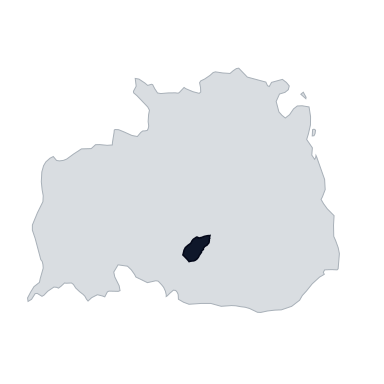 Sangkum Thmei, Preah Vihéar, Cambodia (highlighted), rotated 187°
{"feature_id": "14789045B6075848816012", "entity_name": "Sangkum Thmei", "entity_type": "district", "adm_level": 2, "iso_a3": "KHM", "parent_name": "Cambodia", "parent_adm1": "Preah Vihéar", "projection": "mercator", "projection_center": [104.719, 13.488], "detail": "fine", "context": "in_parent", "style": "filled", "palette": "ink", "viewbox_px": 384, "rotation_deg": 187, "n_neighbors": 0, "source": "geoboundaries", "source_scale": "gbopen_adm2", "svg_char_len": 6305}
<svg xmlns="http://www.w3.org/2000/svg" viewBox="0 0 384 384"><g transform="rotate(187 192 192)"><path d="M341.4,63.4L342.3,66.8L339.9,73.1L337.3,78.8L332.4,83.7L332.1,87.4L330.4,98.3L331.1,101.8L332.2,104.8L333.8,106.4L338.1,117.1L342.0,126.8L345.8,134.7L346.4,139.8L342.9,152.5L338.8,164.2L339.2,170.1L341.0,175.9L342.8,183.7L343.5,193.6L342.5,200.1L340.7,204.1L337.1,208.2L334.0,210.3L330.3,206.8L327.4,206.7L323.5,207.7L320.4,209.4L314.0,215.4L307.0,221.3L297.3,222.8L293.5,227.2L289.5,227.8L281.8,228.0L276.8,229.0L277.0,231.2L276.6,241.5L276.7,244.0L276.0,244.6L272.5,244.9L266.6,243.3L258.6,240.8L253.0,240.4L250.1,244.9L248.3,246.6L246.2,246.9L243.9,247.7L243.2,249.7L243.0,252.2L244.1,256.5L244.5,263.4L244.2,268.0L246.3,271.0L258.4,280.9L262.0,283.3L262.4,284.8L260.3,290.2L262.2,297.8L258.4,297.6L252.0,294.4L249.0,292.4L245.3,294.0L244.1,293.7L241.6,290.0L238.3,286.1L235.0,285.9L227.9,287.4L220.6,288.4L217.9,288.4L216.8,289.1L212.6,294.8L210.8,293.8L203.5,291.7L196.9,290.8L195.5,292.3L196.3,296.9L197.8,301.4L196.9,303.3L193.2,305.7L188.4,309.9L185.5,313.2L183.4,314.1L176.0,313.9L168.7,314.3L165.8,317.5L163.0,319.9L160.7,320.6L151.1,312.8L132.1,310.1L130.0,306.7L128.2,306.1L126.4,310.5L116.0,314.8L111.6,312.2L108.4,309.1L108.9,305.3L111.9,302.2L117.1,299.9L119.5,292.1L115.5,282.1L112.1,279.1L108.4,276.8L104.6,280.6L101.3,286.9L98.0,290.2L93.2,291.0L86.2,290.7L83.5,281.2L82.6,273.0L83.6,263.6L84.6,258.1L77.9,250.5L77.6,243.2L74.3,239.4L73.4,241.3L73.4,243.4L72.5,241.9L61.9,220.6L60.1,210.6L62.0,203.0L63.0,200.4L60.0,196.4L55.7,191.8L48.1,185.8L47.5,176.4L45.9,165.2L43.6,161.4L40.1,154.5L38.2,148.8L37.6,133.6L38.5,132.4L43.9,132.0L50.8,130.9L51.9,128.4L50.7,126.4L55.1,123.0L61.5,115.5L66.4,107.6L69.9,102.7L72.0,97.7L79.1,90.7L89.0,85.9L95.6,84.8L102.6,83.1L109.2,80.8L112.4,80.6L120.7,83.4L125.1,84.1L129.8,84.1L134.7,84.4L138.9,84.1L149.1,82.1L159.8,83.7L169.4,82.5L181.3,80.2L187.1,81.6L192.4,83.9L193.2,88.5L194.4,90.6L196.2,92.3L198.5,92.3L201.5,89.0L204.1,85.7L204.9,85.1L205.0,86.7L206.3,90.3L208.5,93.9L210.8,96.2L214.7,99.4L217.1,99.5L225.2,96.6L237.4,100.8L238.8,103.0L242.8,107.4L247.0,110.5L256.5,110.7L259.9,103.0L258.3,98.3L252.9,90.1L251.4,85.3L253.1,84.4L262.3,83.5L263.8,82.6L265.8,77.3L268.3,77.9L273.4,78.5L278.7,74.9L281.9,71.1L283.7,72.8L285.6,75.5L287.6,77.1L291.5,79.4L295.8,82.6L298.4,85.8L300.5,87.0L306.0,86.1L307.4,86.2L310.6,82.4L312.8,80.3L314.7,80.9L317.5,80.8L323.1,75.9L326.4,71.5L328.2,70.2L333.3,72.5L335.3,72.0L338.2,65.9L341.4,63.4ZM79.9,268.6L78.9,269.1L77.9,269.1L76.9,268.3L77.0,264.8L77.8,262.7L79.5,262.3L79.9,268.6ZM95.9,302.3L93.7,304.6L90.3,299.9L90.4,298.5L95.9,302.3Z" fill="#d9dde1" stroke="#a8b0b8" stroke-width="1"/><path d="M182.1,147.8L182.2,147.7L182.4,147.5L182.6,147.3L182.8,147.1L183.0,146.9L183.5,146.5L183.7,146.4L183.9,146.2L184.1,146.0L184.3,145.9L184.4,145.7L184.5,145.6L184.9,145.3L185.0,145.1L185.3,144.8L185.4,144.6L185.5,144.4L185.6,144.2L185.9,143.8L186.0,143.5L186.1,143.3L186.2,143.1L186.3,142.9L186.4,142.4L186.5,142.2L186.6,141.9L186.8,141.5L186.9,141.2L187.0,141.0L187.2,140.8L187.5,140.5L187.7,140.2L187.9,140.1L188.1,139.9L188.3,139.7L188.5,139.6L188.6,139.4L188.8,139.3L189.1,139.0L189.2,138.9L189.4,138.7L189.7,138.5L190.0,138.0L190.3,137.8L190.5,137.5L190.7,137.3L190.9,137.1L191.0,136.9L191.4,136.5L191.7,136.2L191.8,136.1L191.9,135.9L192.0,135.6L192.0,135.4L192.1,135.2L192.2,134.9L192.4,134.5L192.4,134.2L192.5,134.0L192.6,133.8L192.7,133.6L192.8,133.4L192.8,133.2L192.9,132.8L192.9,132.6L192.9,132.4L192.9,132.1L193.0,131.8L193.0,131.5L193.0,131.2L193.1,130.9L193.1,130.6L193.1,130.4L193.2,129.9L193.2,129.6L193.2,129.4L193.3,129.1L193.4,128.7L193.4,128.4L191.8,127.2L189.1,125.0L188.7,124.7L188.4,124.4L188.2,124.2L187.7,123.8L187.4,123.5L187.1,123.2L186.9,123.0L186.4,122.5L186.1,122.7L185.8,122.8L185.5,122.9L184.9,123.1L184.7,123.2L184.3,123.3L184.1,123.4L183.7,123.4L183.5,123.5L183.3,123.6L183.2,123.6L182.8,123.7L182.5,123.7L182.3,123.8L182.1,123.8L181.7,124.0L181.1,124.2L180.9,124.4L180.6,124.5L180.4,124.7L179.8,125.2L179.6,125.4L179.5,125.6L179.4,125.7L179.3,125.8L179.2,125.9L179.1,126.0L178.9,126.1L178.7,126.3L178.6,126.5L178.3,127.0L178.2,127.2L178.1,127.4L178.0,127.6L177.9,127.7L177.8,127.9L177.7,128.2L177.4,128.6L177.3,128.8L177.3,129.0L177.3,129.3L177.3,129.5L177.2,129.8L177.1,130.0L176.9,130.4L176.7,130.5L176.5,130.9L176.3,131.4L176.2,131.5L176.0,131.9L175.9,132.1L175.7,132.5L175.4,132.9L175.3,133.1L175.3,133.4L175.2,133.6L175.2,133.8L175.2,134.0L175.3,134.0L175.5,134.2L175.6,134.3L175.5,134.5L175.4,134.6L175.3,134.8L175.2,134.9L175.1,135.0L174.9,135.2L174.7,135.3L174.6,135.5L174.4,135.7L174.3,135.8L174.2,135.8L174.0,136.0L173.9,136.1L173.7,136.3L173.7,136.5L173.7,136.8L173.8,137.1L173.8,137.3L173.7,137.6L173.7,137.8L173.7,138.0L173.5,138.3L173.4,138.4L173.3,138.5L173.2,138.6L173.1,138.8L173.0,139.0L172.9,139.1L172.8,139.3L172.8,139.5L172.7,139.6L172.4,139.7L172.3,139.8L172.2,139.9L172.1,140.0L171.9,140.1L171.7,140.3L171.4,140.5L171.2,140.7L171.0,140.8L170.9,140.8L170.7,141.0L170.4,141.4L170.3,141.5L170.2,141.8L170.2,142.0L170.0,142.3L169.9,142.4L169.8,142.5L169.6,142.7L169.5,142.8L169.4,142.8L169.3,143.0L169.2,143.2L169.2,143.3L169.1,143.5L169.0,143.8L169.0,144.0L168.9,144.2L168.9,144.3L168.9,144.5L168.9,144.8L168.9,145.0L168.9,145.3L168.9,145.5L168.9,145.8L168.9,146.0L168.9,146.3L169.0,146.4L169.0,146.5L169.2,146.8L169.2,147.0L169.0,147.3L168.9,147.6L168.8,147.8L168.8,148.0L168.7,148.2L168.8,148.4L168.9,148.7L168.9,148.9L169.0,149.1L169.1,149.3L169.2,149.6L169.1,149.9L169.0,150.0L168.9,150.3L168.8,150.6L168.8,150.9L168.8,151.0L169.0,150.9L169.3,150.9L170.2,150.8L170.5,150.7L170.8,150.6L171.1,150.6L171.4,150.5L171.7,150.4L172.0,150.3L172.3,150.2L172.9,150.0L173.2,149.9L173.5,149.8L174.0,149.6L174.3,149.5L174.4,149.4L174.6,149.4L174.8,149.3L174.9,149.2L175.3,148.9L175.6,148.8L175.7,148.7L175.8,148.6L176.0,148.6L176.3,148.5L176.5,148.4L176.8,148.2L176.9,147.9L177.0,147.8L177.1,147.7L177.4,147.6L177.5,147.6L177.8,147.7L178.0,147.8L178.2,147.7L178.3,147.7L178.5,147.5L178.5,147.4L178.8,147.4L179.0,147.3L179.2,147.2L179.3,147.3L179.5,147.3L179.8,147.4L180.0,147.3L180.0,147.2L180.3,147.2L180.3,147.3L180.5,147.4L180.6,147.5L180.8,147.8L181.0,147.8L181.5,147.9L181.9,147.8L182.1,147.8Z" fill="#0f172a" stroke="#020617" stroke-width="1.5"/></g></svg>